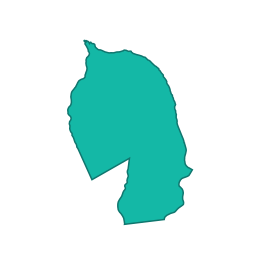 outline of La Pointe, Choiseul, Saint Lucia, rotated 152°
{"feature_id": "8701671B32861116669136", "entity_name": "La Pointe", "entity_type": "district", "adm_level": 2, "iso_a3": "LCA", "parent_name": "Saint Lucia", "parent_adm1": "Choiseul", "projection": "mercator", "projection_center": [-61.064, 13.794], "detail": "fine", "context": "isolated", "style": "filled", "palette": "teal", "viewbox_px": 256, "rotation_deg": 152, "n_neighbors": 0, "source": "geoboundaries", "source_scale": "gbopen_adm2", "svg_char_len": 5137}
<svg xmlns="http://www.w3.org/2000/svg" viewBox="0 0 256 256"><g transform="rotate(152 128 128)"><path d="M90.8,60.9L91.1,61.4L92.8,64.1L93.5,64.9L94.3,67.3L94.4,69.2L94.2,70.0L93.5,72.0L93.4,72.3L93.3,72.9L92.4,74.4L92.1,74.8L91.8,75.5L90.7,76.8L89.4,78.1L87.8,80.0L87.0,81.1L86.5,82.5L85.6,86.6L85.3,88.3L85.2,88.4L85.4,88.8L84.9,90.0L84.5,92.0L84.0,97.2L83.5,101.9L83.1,105.8L82.7,108.3L82.1,110.0L81.5,110.8L81.0,112.1L80.6,114.6L79.9,115.8L79.5,116.6L79.1,116.9L78.7,118.9L78.5,119.7L78.1,120.3L77.8,121.1L77.9,121.9L77.7,123.1L76.8,125.0L75.9,125.6L75.3,126.1L74.9,126.6L74.9,127.6L74.5,128.7L74.5,131.6L74.0,133.1L74.0,134.8L73.4,136.2L73.8,137.3L73.7,138.5L73.4,140.0L73.3,140.9L72.8,142.4L72.5,144.2L72.4,146.3L72.7,148.1L72.7,149.6L72.3,150.3L72.0,150.7L71.9,152.3L72.2,154.5L72.7,156.7L72.0,158.2L72.4,159.9L72.7,160.9L72.9,163.7L73.4,164.9L73.0,166.0L73.7,167.5L74.4,169.3L75.1,170.3L75.7,172.1L76.6,174.8L77.0,176.5L77.8,178.0L78.5,178.7L79.5,182.0L79.9,182.7L80.4,182.9L80.9,183.2L81.3,184.0L82.4,185.4L84.3,187.3L85.9,188.7L87.7,190.6L88.6,191.6L88.8,192.3L89.4,193.3L89.3,193.8L89.2,194.0L89.3,194.4L90.1,194.9L91.5,195.4L92.3,196.3L93.1,197.4L94.7,198.5L95.2,198.6L95.7,198.4L97.9,198.8L99.8,199.2L102.3,200.4L104.0,200.8L105.3,201.1L107.7,202.4L109.5,203.2L111.6,205.1L112.5,205.9L114.8,208.9L115.7,209.9L117.0,210.7L117.7,211.5L118.8,214.6L118.6,215.9L118.2,217.1L118.2,217.6L118.6,218.3L119.3,219.0L120.0,219.3L120.2,219.7L120.5,220.2L120.5,220.7L120.6,221.2L121.4,221.4L121.6,221.3L122.0,220.9L122.3,220.7L122.3,221.2L122.3,222.0L122.6,223.2L123.6,224.4L124.1,223.8L124.6,224.2L124.7,225.2L125.4,225.8L125.6,225.8L125.8,225.7L125.9,224.9L125.7,224.5L124.9,223.8L124.8,223.7L125.2,223.5L125.9,223.1L126.2,222.9L126.5,222.4L126.5,222.2L126.4,221.4L126.3,220.4L126.3,219.5L126.3,218.2L126.3,217.0L126.5,215.5L126.9,214.8L127.0,214.4L127.0,214.0L126.9,213.7L126.8,212.9L127.0,212.1L127.5,211.3L128.6,210.4L130.1,209.8L131.3,209.5L131.9,209.0L133.1,207.8L133.9,206.0L134.6,205.2L135.4,203.0L135.5,202.6L135.6,202.0L135.7,201.6L135.7,201.2L135.9,200.8L136.0,200.3L136.2,199.9L136.4,199.6L136.5,199.3L136.9,198.9L137.3,198.3L137.6,198.0L137.9,197.8L138.2,197.5L138.5,197.2L139.0,196.8L139.4,196.3L139.6,196.3L140.0,195.8L140.2,195.5L140.7,195.2L140.9,195.0L141.1,194.8L141.3,194.4L141.4,194.0L141.6,193.8L141.9,193.4L142.0,193.2L142.5,192.9L142.8,192.8L143.0,192.7L143.4,192.6L143.7,192.6L144.2,192.6L144.6,192.6L145.0,192.6L145.7,192.8L145.8,192.8L146.3,192.9L146.6,192.9L147.1,192.9L147.4,192.9L147.7,192.9L148.2,192.8L148.7,192.8L149.5,192.6L150.5,192.0L150.6,191.9L151.2,191.6L151.8,191.1L152.2,190.8L152.6,190.5L152.8,190.4L153.3,190.0L153.8,189.7L154.3,189.3L154.6,189.1L155.1,188.7L155.7,188.6L156.3,188.3L158.0,187.5L159.3,187.0L159.7,186.8L160.0,186.6L160.3,186.5L160.6,186.3L160.9,186.0L161.2,185.8L161.4,185.6L161.7,185.2L162.0,184.9L162.3,184.6L162.5,184.2L162.8,183.7L163.1,183.4L163.6,182.7L163.8,182.3L164.0,181.9L164.1,181.5L164.3,181.1L164.4,180.7L164.6,180.2L164.7,179.7L164.9,179.3L165.3,178.5L165.9,177.2L166.2,176.8L166.4,176.7L166.8,176.2L167.0,175.8L167.2,175.7L167.5,175.4L168.1,175.0L168.4,174.9L168.6,174.8L168.9,174.6L169.1,174.5L169.5,174.5L169.7,174.4L170.1,174.3L170.4,174.2L170.6,174.0L170.9,173.8L171.3,173.6L171.5,173.4L171.8,173.1L172.1,172.9L172.5,172.5L172.6,172.2L172.8,171.9L173.0,171.6L173.1,171.3L173.2,171.0L173.3,170.7L173.5,170.2L173.7,169.8L174.2,169.0L174.2,168.0L174.0,167.0L173.4,165.4L173.4,164.0L174.0,162.7L175.0,161.8L176.5,161.1L177.9,159.2L178.2,157.3L178.8,156.2L179.8,154.7L180.2,152.9L180.3,151.3L180.0,149.7L180.1,148.9L180.6,148.4L180.9,147.7L180.8,146.8L180.7,145.3L181.0,143.1L181.3,141.8L181.5,140.0L181.3,138.4L181.5,136.8L182.1,135.1L181.9,133.6L181.9,132.8L184.1,99.3L140.9,100.6L147.2,91.7L148.8,90.3L149.5,88.9L149.8,87.3L149.9,87.0L150.0,86.5L150.1,86.1L150.3,85.5L150.5,85.2L150.8,84.9L151.2,84.5L151.6,84.2L152.0,83.8L152.4,83.5L152.9,82.9L153.2,82.5L153.6,82.0L153.9,81.2L154.0,80.6L154.3,80.2L154.5,80.1L154.9,79.9L155.4,79.7L155.8,79.6L156.6,79.4L157.5,79.1L157.9,78.6L158.1,78.3L158.3,77.7L158.3,77.2L158.4,76.4L158.5,76.1L158.9,75.7L159.2,75.4L160.0,74.9L160.5,74.7L160.9,74.6L161.6,74.2L162.0,73.9L162.7,73.4L163.5,72.6L164.6,71.6L165.6,70.7L167.2,69.8L168.8,69.0L170.3,68.0L171.3,67.3L171.8,66.7L172.3,66.1L172.8,65.4L173.2,64.6L173.6,64.0L173.8,63.5L174.1,62.9L174.4,62.0L174.6,61.5L174.8,60.9L175.0,60.4L175.0,60.1L175.0,59.4L175.0,58.7L174.9,58.1L174.9,57.6L174.7,56.9L174.5,56.2L174.3,55.1L174.2,54.3L174.2,53.9L174.1,53.0L174.1,51.8L174.1,51.5L174.1,50.9L174.2,50.2L174.3,49.8L174.5,49.2L174.7,48.6L174.8,48.2L175.0,47.8L175.1,47.3L175.3,46.7L175.5,46.3L175.7,45.7L175.8,45.2L176.3,44.6L139.0,30.2L138.9,30.5L138.5,30.8L137.5,31.9L136.2,32.3L134.7,32.7L130.4,32.6L127.0,31.9L125.6,32.0L123.7,32.7L123.0,33.0L121.0,33.6L116.3,34.2L115.0,34.5L114.0,35.8L113.5,37.3L113.4,38.6L113.1,39.6L112.1,41.6L110.5,43.6L109.7,44.7L109.0,46.7L108.8,48.5L109.1,49.6L109.4,50.9L110.1,52.7L109.5,54.5L108.2,56.1L106.1,57.5L104.3,58.1L102.5,58.0L99.7,57.6L98.1,57.4L96.5,57.5L94.4,58.7L90.8,60.9Z" fill="#14b8a6" stroke="#0f766e" stroke-width="1.5"/></g></svg>